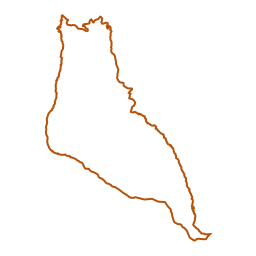 Tsa-le-Moleka, Butha-Buthe, Lesotho (Mercator projection)
{"feature_id": "5366337B25108724147301", "entity_name": "Tsa-le-Moleka", "entity_type": "district", "adm_level": 2, "iso_a3": "LSO", "parent_name": "Lesotho", "parent_adm1": "Butha-Buthe", "projection": "mercator", "projection_center": [28.369, -28.789], "detail": "fine", "context": "isolated", "style": "outline", "palette": "amber", "viewbox_px": 256, "rotation_deg": 0, "n_neighbors": 0, "source": "geoboundaries", "source_scale": "gbopen_adm2", "svg_char_len": 5686}
<svg xmlns="http://www.w3.org/2000/svg" viewBox="0 0 256 256"><path d="M210.1,234.1L206.0,234.4L205.1,234.2L204.0,233.6L201.5,233.5L200.1,231.8L199.2,231.2L198.9,230.3L198.4,229.7L197.5,228.8L196.9,228.6L193.4,225.2L193.2,224.3L193.6,223.7L194.1,222.2L194.6,221.3L195.0,219.0L194.9,218.0L195.3,217.2L195.4,216.3L195.0,214.3L194.8,213.8L194.1,213.6L193.9,213.2L194.0,212.2L193.2,211.4L193.6,210.6L193.2,210.3L193.3,209.7L192.3,209.2L192.2,208.5L192.2,207.9L193.9,208.2L194.0,208.0L193.8,207.4L192.3,207.1L192.4,206.7L191.9,206.2L192.5,205.6L192.2,204.5L192.3,203.8L192.9,202.5L192.7,199.8L191.7,198.9L191.6,198.5L192.2,198.0L192.2,196.8L191.0,194.7L190.9,193.6L190.1,192.8L189.9,191.8L189.2,190.8L189.1,190.5L189.6,189.4L187.9,187.5L187.2,186.4L186.8,185.3L186.9,183.9L186.6,182.4L185.9,181.1L186.1,178.4L185.8,177.8L184.6,177.0L184.7,176.0L184.2,175.1L184.4,174.0L183.4,172.9L183.2,171.7L182.3,171.1L182.0,170.1L181.3,169.2L181.4,167.1L180.5,166.2L180.6,165.6L179.8,165.0L179.7,163.9L178.8,162.4L178.8,160.9L178.2,159.5L177.2,158.7L176.2,158.2L176.1,157.7L176.1,156.0L175.5,155.0L175.6,154.1L174.5,153.1L174.0,152.1L173.4,149.7L173.3,148.5L172.2,147.8L172.2,147.3L171.8,146.9L170.7,146.3L171.1,145.5L170.9,145.3L168.0,144.2L167.6,143.2L167.2,142.9L166.7,142.4L166.7,141.4L165.8,139.9L165.9,139.2L165.4,138.2L164.0,137.6L164.0,136.1L163.4,134.4L162.7,134.5L162.1,133.8L161.0,133.4L159.6,132.2L159.1,131.4L157.7,130.5L157.4,129.4L156.8,129.0L155.7,128.7L155.7,128.3L156.2,126.9L155.6,126.6L155.5,126.2L155.1,125.7L154.2,125.2L152.9,125.7L151.5,125.4L149.1,123.7L148.2,123.5L148.3,123.3L146.9,122.6L146.8,122.0L146.1,121.5L145.9,120.6L146.2,119.9L146.1,119.3L145.9,118.8L145.1,118.5L144.6,116.3L144.0,116.4L141.9,115.0L141.2,114.8L140.9,114.2L139.4,113.7L139.1,114.3L138.8,114.5L138.5,114.1L138.6,113.7L137.5,113.5L135.6,112.1L135.0,112.1L134.7,111.8L133.0,112.5L131.0,112.0L130.8,111.0L131.6,109.3L131.9,107.5L132.5,106.6L133.9,105.8L135.0,103.7L135.0,102.4L134.6,101.4L133.2,99.7L132.3,99.2L131.0,99.0L129.2,98.2L129.8,96.2L129.8,94.9L130.5,93.8L129.4,93.3L128.7,92.8L129.7,91.6L130.8,90.8L131.2,90.1L131.9,89.6L131.9,88.6L131.0,88.4L129.0,88.5L127.6,88.2L126.5,87.7L125.6,86.9L124.7,86.6L123.8,85.8L123.4,82.9L122.4,82.6L121.5,82.7L119.7,82.2L118.9,81.5L117.1,78.3L117.5,75.6L117.5,73.8L118.4,69.7L116.1,64.1L116.1,61.6L115.7,60.4L115.0,56.4L114.3,54.8L111.9,52.9L111.5,52.1L111.2,51.0L111.5,48.3L111.0,47.1L111.5,46.2L111.5,41.7L110.8,40.7L110.5,40.0L110.3,36.5L110.8,35.1L110.5,33.8L110.8,32.5L111.5,31.4L110.1,29.7L110.8,28.7L110.5,27.4L110.1,26.6L109.5,26.3L108.7,27.3L108.2,28.3L107.5,28.5L107.2,28.1L106.7,26.3L106.9,25.8L107.7,26.3L108.0,26.2L108.3,25.7L107.7,24.7L107.7,23.2L107.1,22.9L105.8,22.7L103.1,23.7L102.1,23.6L101.3,22.1L102.0,20.2L101.9,19.6L102.2,18.5L100.7,16.8L100.3,16.7L98.9,18.2L98.5,19.0L96.1,19.7L94.6,20.6L94.0,21.4L94.0,21.9L93.6,22.5L93.2,22.4L92.8,22.0L91.8,20.5L91.6,19.7L91.2,19.4L90.4,20.0L89.8,20.9L89.5,21.8L89.5,23.3L89.1,23.6L88.6,23.5L86.6,24.0L84.2,24.2L83.4,24.6L82.9,25.4L82.8,25.9L83.0,26.2L84.1,26.0L84.8,26.2L85.3,27.8L85.7,28.3L87.2,28.7L87.7,29.1L87.9,29.9L87.7,30.7L87.0,31.1L86.0,31.0L83.6,29.5L81.9,29.1L78.2,28.6L77.3,27.8L77.1,27.1L76.6,26.6L74.7,25.2L72.8,25.0L71.2,25.5L70.1,25.0L69.0,25.2L68.1,25.0L67.4,24.4L66.6,23.2L67.0,21.9L68.1,20.0L68.0,19.7L66.5,19.4L65.5,18.0L64.4,17.2L62.6,15.4L61.8,15.6L61.7,16.1L61.8,17.1L61.5,18.3L62.0,20.2L60.8,20.5L60.6,21.1L61.4,22.6L61.3,23.8L60.6,24.5L60.3,25.2L60.6,26.7L60.2,27.5L59.8,27.8L59.3,27.7L59.4,26.9L58.9,26.6L58.3,27.0L57.2,28.3L57.3,28.8L59.0,30.0L59.3,30.5L59.1,31.3L58.8,31.6L59.2,31.9L60.6,31.5L60.7,31.9L60.8,32.9L61.5,34.7L61.2,35.3L61.5,36.0L61.4,36.5L61.7,36.8L61.2,38.2L61.3,38.9L61.6,39.8L61.5,40.6L62.5,41.8L62.7,43.6L63.4,45.3L62.9,47.0L63.2,47.6L62.9,48.9L61.7,51.0L61.3,52.5L61.2,54.7L60.6,56.6L60.9,57.2L61.7,57.6L62.1,58.1L61.5,59.5L61.7,60.3L61.3,61.2L61.3,61.9L61.6,63.2L61.5,63.9L60.8,64.5L61.2,65.1L60.6,66.1L60.7,67.6L60.3,69.4L60.5,70.0L60.4,70.4L59.9,71.1L59.5,72.1L59.4,72.9L58.7,74.7L59.1,75.6L58.5,77.0L57.6,77.6L57.5,78.7L57.1,79.2L57.3,80.0L56.7,80.7L56.3,80.7L56.3,82.9L55.6,85.0L55.8,85.7L55.7,86.2L55.9,86.6L55.7,87.4L56.0,88.6L55.8,89.8L55.5,90.2L55.8,91.8L56.3,92.3L56.3,92.8L56.6,92.9L56.8,93.3L56.3,95.7L56.5,97.6L55.6,99.3L55.5,100.0L54.9,101.6L54.7,102.3L55.0,103.6L53.9,105.1L53.6,105.7L53.7,106.5L53.4,106.7L53.2,107.7L52.7,108.6L52.2,108.8L51.9,110.2L50.6,111.0L49.5,112.3L48.5,113.9L47.9,115.4L46.9,118.5L46.8,119.9L47.2,122.3L46.8,124.3L46.3,125.5L46.0,126.9L46.3,129.7L45.9,131.8L46.2,134.2L46.9,135.9L47.6,137.2L47.6,138.5L47.3,139.9L47.3,142.4L47.8,144.5L49.6,148.6L50.7,149.9L51.3,150.2L51.9,151.0L52.1,150.8L52.6,151.2L52.8,151.6L53.3,151.7L53.9,152.5L54.6,152.9L57.5,153.8L57.8,153.4L58.2,153.6L58.3,154.2L60.1,154.4L61.2,154.8L64.3,154.8L65.2,154.5L66.2,155.4L67.4,155.9L68.8,155.9L70.4,156.5L70.4,157.3L73.0,157.8L75.2,158.8L76.6,159.7L77.1,160.4L78.6,160.9L79.5,161.8L82.2,162.9L84.9,168.1L85.8,168.8L87.8,168.7L89.0,169.1L90.1,170.6L91.5,171.6L92.8,171.8L96.2,173.5L97.5,174.4L98.2,175.4L98.9,177.3L100.2,178.1L102.0,178.7L102.9,179.4L104.0,180.4L106.3,183.1L109.6,184.2L111.0,185.1L111.5,185.9L112.8,186.6L115.5,187.3L118.9,189.5L123.4,193.0L126.9,195.1L129.2,197.0L131.0,197.7L132.5,197.9L134.1,197.7L135.4,197.2L144.4,199.5L152.0,198.8L158.1,201.6L164.9,202.1L168.3,206.9L170.7,209.3L171.0,211.8L171.7,212.8L172.5,216.9L174.1,221.8L175.0,222.6L177.0,223.7L178.1,224.1L180.2,224.3L181.3,224.8L182.2,226.5L182.9,227.3L184.4,228.0L186.9,230.7L189.6,237.4L190.5,238.2L194.3,240.6L195.6,240.1L196.3,239.4L197.7,238.7L203.3,239.2L205.8,239.2L206.4,238.7L207.5,236.8L210.1,234.1Z" fill="none" stroke="#b45309" stroke-width="2"/></svg>